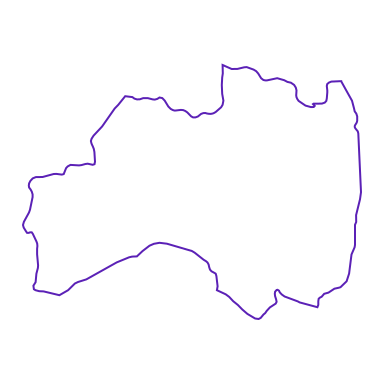 outline of Fukushima
{"feature_id": "JPN-1864", "entity_name": "Fukushima", "entity_type": "Prefecture", "adm_level": 1, "iso_a3": "JPN", "parent_name": "Japan", "parent_adm1": "", "projection": "robinson", "projection_center": [140.15, 37.378], "detail": "fine", "context": "isolated", "style": "outline", "palette": "violet", "viewbox_px": 384, "rotation_deg": 0, "n_neighbors": 0, "source": "natural_earth", "source_scale": "10m", "svg_char_len": 2846}
<svg xmlns="http://www.w3.org/2000/svg" viewBox="0 0 384 384"><path d="M341.2,81.2L341.2,81.3L345.9,89.8L352.0,100.7L354.0,108.3L354.7,111.4L356.3,113.6L357.2,116.4L357.2,120.8L356.7,122.6L354.9,125.5L354.7,126.9L355.3,128.3L357.8,131.4L358.3,133.5L361.0,192.2L360.0,199.3L356.1,215.1L356.2,222.0L355.0,224.8L355.0,244.9L354.6,247.3L351.5,254.5L349.1,273.6L346.6,281.3L340.5,287.2L338.9,287.7L334.4,288.7L328.5,292.6L324.2,293.8L321.6,296.8L320.1,297.5L318.7,298.7L318.3,301.1L318.3,304.9L317.4,307.2L299.6,302.4L297.8,301.4L284.6,296.5L281.8,294.5L279.8,292.4L279.0,290.7L277.6,289.8L276.6,290.0L275.1,291.7L274.8,293.8L275.1,296.2L276.1,299.3L276.6,301.8L275.7,303.6L269.9,307.4L266.7,310.9L265.2,313.1L263.5,314.5L260.7,317.9L258.6,319.0L255.1,318.5L247.4,313.9L242.3,309.5L237.9,305.0L233.2,301.2L229.2,296.9L225.7,294.3L216.9,290.2L217.6,286.3L216.4,276.1L215.8,274.0L215.7,273.7L214.8,273.1L211.5,271.3L210.0,269.6L209.2,267.2L208.6,264.5L207.5,262.5L206.0,261.2L203.7,259.8L194.7,252.7L191.9,251.0L166.9,243.7L159.5,242.8L153.9,243.8L149.5,245.7L142.5,251.1L136.9,256.4L132.1,256.6L129.1,257.3L116.7,262.4L86.3,279.4L78.0,282.0L74.9,283.5L68.1,290.2L59.4,295.2L43.6,291.4L39.2,291.2L35.5,290.2L33.9,289.2L33.4,285.7L35.6,282.2L36.4,273.7L37.9,267.9L38.1,265.4L37.1,254.3L37.1,248.9L37.4,246.0L37.2,243.6L36.5,241.6L32.8,233.8L31.7,232.3L30.1,232.3L28.7,232.9L27.1,232.9L26.1,231.5L23.7,227.6L23.0,225.0L23.9,221.8L29.0,212.5L30.0,209.7L32.6,197.1L32.6,194.4L31.8,191.7L30.6,189.5L29.1,187.5L28.8,185.5L29.1,183.4L30.4,180.9L32.7,178.4L35.8,177.1L42.6,177.0L53.7,174.0L56.4,173.9L61.8,174.6L63.7,174.1L66.1,168.1L67.7,166.4L70.5,164.9L79.0,165.4L81.4,165.1L85.4,164.0L87.7,163.7L92.7,164.8L94.5,164.2L95.0,161.7L94.4,152.0L93.8,148.9L92.8,146.4L91.9,144.5L91.4,143.2L90.9,141.0L91.6,138.7L93.6,135.6L102.1,126.5L114.7,108.5L118.2,104.9L125.2,96.2L132.4,97.1L134.4,98.6L137.0,99.4L139.8,99.3L143.3,98.1L147.7,98.1L152.7,99.4L154.8,99.6L157.3,98.9L159.5,97.5L162.3,98.1L164.7,100.6L168.3,106.5L170.7,108.9L172.7,110.0L174.3,110.5L175.8,110.5L180.9,109.9L183.2,110.1L185.3,111.0L187.3,112.4L191.2,116.4L193.1,117.4L195.4,117.4L197.9,116.5L201.1,113.9L203.3,113.1L205.3,113.0L207.0,113.5L208.8,113.8L210.8,113.9L212.8,113.5L214.2,112.9L215.7,112.0L221.1,107.3L222.6,104.8L223.4,100.7L222.2,93.9L221.8,85.0L222.2,77.5L222.8,73.4L222.6,65.0L231.7,69.0L237.5,68.9L244.2,67.3L246.7,67.1L253.6,69.6L256.2,71.2L258.2,73.5L261.1,78.2L263.4,80.0L265.3,80.4L266.9,80.4L277.2,78.2L284.2,80.2L287.4,81.9L290.9,82.7L294.1,84.9L295.8,87.6L296.5,90.4L296.2,95.4L296.5,97.2L297.3,99.0L298.6,100.9L305.5,105.6L311.0,107.1L313.7,107.0L314.7,105.9L313.0,104.1L313.5,103.7L321.9,103.6L324.8,102.6L326.3,100.9L326.8,98.4L327.3,92.4L327.3,90.4L326.8,86.0L327.2,84.1L328.9,82.6L331.3,81.6L340.0,81.2L341.2,81.2Z" fill="none" stroke="#5b21b6" stroke-width="2"/></svg>